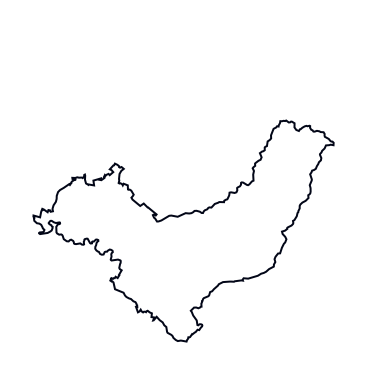 Balauseri, Mures, Romania, rotated 218°
{"feature_id": "2599482B21102131341719", "entity_name": "Balauseri", "entity_type": "district", "adm_level": 2, "iso_a3": "ROU", "parent_name": "Romania", "parent_adm1": "Mures", "projection": "robinson", "projection_center": [24.697, 46.348], "detail": "fine", "context": "isolated", "style": "outline", "palette": "ink", "viewbox_px": 384, "rotation_deg": 218, "n_neighbors": 0, "source": "geoboundaries", "source_scale": "gbopen_adm2", "svg_char_len": 5917}
<svg xmlns="http://www.w3.org/2000/svg" viewBox="0 0 384 384"><g transform="rotate(218 192 192)"><path d="M139.5,316.7L140.1,316.6L141.5,314.9L142.5,314.6L143.6,313.1L144.6,310.6L145.0,308.5L145.5,308.0L145.3,305.9L148.0,305.1L151.0,306.0L153.5,309.3L156.7,308.9L157.4,308.3L157.5,307.4L158.5,306.4L161.8,306.3L162.2,305.3L163.6,304.5L164.7,303.1L166.0,302.2L165.1,300.5L164.6,297.7L164.1,296.9L165.4,296.2L165.4,294.7L166.6,292.0L164.6,285.3L162.6,282.9L162.7,281.0L163.5,278.4L161.2,274.3L162.0,272.8L162.1,271.9L160.4,269.7L160.9,268.0L161.6,267.2L162.4,264.4L158.5,262.2L157.8,259.6L158.8,257.6L159.8,253.7L159.8,253.2L158.3,251.5L158.8,249.4L158.8,248.1L156.1,246.7L154.5,243.4L150.5,238.8L151.3,237.2L151.5,233.3L152.0,231.9L153.1,231.4L157.5,230.9L158.7,230.2L159.0,229.5L157.9,227.9L157.7,226.0L158.8,223.7L158.9,222.9L157.3,221.2L156.8,219.1L157.8,217.5L161.0,215.8L162.0,214.6L160.6,212.3L159.7,208.4L159.7,207.9L160.5,206.8L161.2,205.0L160.5,203.7L164.3,200.9L164.8,199.6L166.7,196.6L167.1,191.7L168.9,190.5L169.4,189.3L169.3,187.8L170.6,185.5L170.8,184.0L170.4,182.2L171.5,181.4L173.7,181.3L176.8,180.0L178.4,178.6L178.6,176.9L179.4,175.0L181.0,173.3L184.0,171.4L188.0,163.7L193.8,160.7L195.3,159.2L198.6,150.7L200.3,148.1L201.4,147.2L204.7,148.4L206.1,148.4L208.6,149.7L208.4,150.3L207.9,150.3L207.3,151.2L206.1,151.2L206.1,152.5L217.2,152.8L217.4,152.5L222.9,153.2L224.2,149.1L234.2,149.4L236.2,150.2L236.1,152.5L236.3,154.0L240.7,155.7L242.6,155.5L243.4,154.7L244.0,154.6L246.7,157.7L251.0,156.4L250.6,154.6L251.7,155.1L253.7,154.9L254.4,154.0L255.3,153.9L256.3,156.2L257.5,157.3L260.2,161.6L260.7,165.1L260.0,168.2L262.9,168.3L263.7,166.9L264.7,166.7L265.2,167.4L267.5,167.5L270.2,166.9L269.8,165.1L270.3,164.6L270.7,159.3L268.9,159.7L266.3,159.2L267.2,154.6L268.9,154.9L270.0,152.8L270.1,151.1L271.0,151.5L270.6,149.6L270.1,149.0L269.7,150.0L269.6,149.2L270.7,145.5L271.7,145.0L271.5,145.6L272.1,146.7L276.7,140.3L273.2,136.9L278.5,134.1L278.3,133.8L280.8,133.5L283.9,135.8L286.3,139.2L287.1,139.8L287.4,139.0L286.7,138.1L286.4,136.8L286.7,135.7L287.5,135.7L289.9,133.7L291.5,132.9L292.6,131.2L295.0,129.5L294.2,128.7L293.2,129.2L292.4,130.2L291.6,130.2L291.4,129.7L292.3,128.7L293.0,126.5L293.0,125.2L292.5,124.6L293.0,123.6L292.5,123.1L292.5,122.4L293.6,122.6L295.6,116.3L297.2,112.3L297.5,109.5L296.2,105.7L294.4,103.2L293.2,100.4L292.9,96.3L291.8,93.5L291.4,92.7L289.7,91.2L291.2,89.4L292.2,89.6L292.5,90.1L294.0,89.4L293.3,87.2L297.8,87.0L298.6,85.5L299.3,86.7L299.6,86.6L298.7,83.6L296.1,78.5L302.4,75.9L301.8,75.0L300.3,74.6L300.5,74.1L298.5,72.2L295.0,71.9L292.8,73.1L290.6,73.3L287.8,72.0L287.1,71.5L285.0,71.3L284.6,70.3L284.6,68.7L287.0,66.5L287.3,65.6L287.1,65.3L285.8,65.3L280.5,70.9L279.3,73.7L278.9,75.3L279.6,77.6L280.4,78.8L281.2,78.6L282.4,79.2L284.4,78.9L285.5,79.1L285.8,79.3L285.9,81.5L285.5,82.4L284.7,82.9L282.1,83.1L280.1,83.8L277.8,86.4L277.2,86.6L276.5,85.9L276.6,85.2L277.8,83.9L277.5,81.0L273.9,76.7L272.8,76.3L270.4,76.6L269.0,78.0L268.0,78.2L267.0,77.9L264.0,75.9L260.3,76.1L258.8,77.1L258.5,79.1L257.9,80.0L255.5,80.3L254.4,79.8L253.3,78.8L252.6,78.8L251.3,79.5L248.4,82.7L246.3,82.8L245.0,83.7L244.8,84.3L246.7,86.3L246.9,87.5L247.5,88.3L247.3,89.1L246.1,90.6L245.4,90.9L240.9,89.0L240.0,89.1L239.2,90.0L240.0,91.1L239.9,91.7L238.9,92.4L238.4,95.3L237.7,96.0L236.3,96.4L235.6,95.7L235.9,94.6L235.8,93.0L234.8,91.1L234.4,89.3L233.3,87.7L231.5,87.1L229.7,87.1L228.5,87.5L226.2,86.6L224.4,87.1L223.2,88.3L223.8,90.9L223.4,91.7L222.2,92.7L222.2,93.9L221.4,96.0L220.2,96.6L218.5,96.8L217.4,95.9L217.6,94.3L217.3,93.3L215.6,91.5L214.5,88.8L214.1,88.5L213.2,88.5L208.7,93.2L206.3,94.0L205.7,93.8L204.6,92.2L204.3,90.9L202.6,87.4L201.4,86.8L199.2,87.0L198.5,81.7L198.0,81.7L197.6,78.4L200.0,78.2L199.8,76.5L200.8,75.7L200.8,74.8L202.5,74.5L202.6,73.9L202.2,73.5L201.8,71.9L200.4,72.0L200.5,72.5L198.2,72.4L192.8,68.0L183.9,70.5L181.1,69.2L179.0,68.9L176.0,69.4L174.2,70.1L170.9,69.8L168.8,70.4L167.1,69.8L165.8,68.7L165.4,68.9L164.2,67.6L165.2,66.9L160.5,63.9L159.8,65.5L160.0,67.7L158.1,66.9L156.4,67.0L156.2,68.0L155.3,68.8L154.2,69.0L154.3,70.2L153.8,71.1L151.1,71.1L148.9,71.7L146.9,68.5L144.5,69.9L143.5,66.9L143.2,67.3L143.0,71.9L138.5,71.1L134.8,71.2L131.8,69.9L129.1,69.8L125.6,66.5L124.5,66.0L120.2,66.7L118.6,66.5L116.8,65.6L113.7,65.4L111.4,65.8L109.3,68.1L104.2,70.8L104.7,72.1L104.7,73.6L105.4,75.3L104.6,75.7L104.2,76.6L104.4,80.0L104.0,80.0L103.3,83.1L102.9,83.7L102.8,86.9L101.3,87.6L101.5,90.4L101.3,92.3L101.6,93.1L102.3,93.6L103.5,93.3L104.6,92.4L105.0,90.8L105.8,90.5L109.2,93.7L115.0,95.4L118.3,97.3L119.8,97.7L119.2,102.2L117.5,103.6L115.4,104.3L114.5,106.0L114.5,106.9L113.9,107.5L115.9,109.8L116.1,110.9L116.9,112.2L116.6,112.4L117.4,114.6L117.3,115.7L115.0,119.8L114.8,121.0L116.1,124.3L115.0,126.2L114.9,128.9L113.9,134.3L114.1,135.8L112.1,140.1L106.8,144.9L103.6,147.2L103.4,147.9L98.7,152.7L97.3,153.5L98.1,154.0L98.2,155.8L94.4,158.3L88.5,166.6L87.2,170.2L85.6,172.4L84.5,174.8L83.8,178.7L81.6,183.6L82.8,185.3L83.2,188.1L85.6,189.9L86.3,192.4L86.3,196.5L84.8,197.9L86.8,203.4L87.7,207.8L87.5,209.6L88.5,212.9L91.0,214.1L94.7,214.7L96.7,216.2L94.9,218.8L94.2,221.6L94.8,222.1L94.8,222.9L92.9,226.9L92.7,229.1L93.1,230.0L94.6,231.4L94.0,232.9L94.5,237.4L95.9,240.4L95.8,241.5L96.4,242.4L97.0,245.3L98.6,247.4L98.9,248.8L98.5,251.6L97.0,255.0L96.5,259.0L98.4,261.0L97.9,262.7L98.0,263.9L98.8,265.4L101.0,268.1L103.4,269.9L104.7,274.7L105.3,275.7L109.8,278.7L109.9,280.9L110.5,282.8L109.4,284.4L108.7,286.5L109.5,289.3L109.7,291.7L110.3,293.6L109.9,296.3L111.0,298.4L114.1,300.1L114.5,300.8L114.3,302.8L114.8,304.6L114.3,307.9L115.1,311.2L112.7,313.4L111.8,314.7L109.3,316.0L110.7,318.0L112.3,318.2L113.1,317.6L114.2,317.4L116.9,318.0L121.3,317.3L122.4,318.2L123.2,319.4L125.1,320.1L127.6,318.4L128.9,318.3L131.2,317.1L132.5,315.1L133.5,314.4L134.9,314.8L136.5,314.5L138.5,315.3L139.5,316.7Z" fill="none" stroke="#020617" stroke-width="2"/></g></svg>